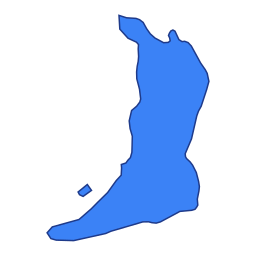 outline of Ōsaka
{"feature_id": "JPN-1852", "entity_name": "Ōsaka", "entity_type": "Urban Prefecture", "adm_level": 1, "iso_a3": "JPN", "parent_name": "Japan", "parent_adm1": "", "projection": "albers", "projection_center": [135.469, 34.636], "detail": "fine", "context": "isolated", "style": "filled", "palette": "blue", "viewbox_px": 256, "rotation_deg": 0, "n_neighbors": 0, "source": "natural_earth", "source_scale": "10m", "svg_char_len": 1255}
<svg xmlns="http://www.w3.org/2000/svg" viewBox="0 0 256 256"><path d="M47.1,232.8L52.3,226.9L79.0,219.5L91.3,208.8L97.7,202.3L107.6,192.6L116.3,180.5L121.2,175.2L121.6,168.0L121.3,164.5L125.9,163.0L128.0,160.1L130.4,157.6L131.9,152.3L132.1,145.5L132.3,136.2L130.1,128.6L129.2,120.9L131.6,110.5L136.7,106.2L139.1,103.0L139.8,102.1L140.1,101.0L140.7,99.0L139.5,89.2L136.8,78.8L136.6,71.9L137.2,66.3L138.2,61.4L138.6,56.5L138.2,48.9L138.5,44.6L136.5,42.2L128.0,38.2L119.8,29.1L119.0,15.4L126.6,17.8L136.0,18.4L139.6,19.7L143.2,22.5L146.6,28.7L150.3,33.9L154.9,38.0L163.6,42.7L168.3,42.4L170.2,40.8L169.6,37.8L168.5,35.5L169.4,33.2L170.8,31.0L172.9,30.0L175.0,31.2L178.9,39.6L182.0,41.6L184.7,41.3L188.1,42.6L191.3,46.0L200.6,63.0L205.3,69.8L207.2,73.4L208.9,81.4L206.7,89.4L201.2,106.2L198.5,111.1L196.8,115.8L191.5,138.9L185.2,153.7L185.5,156.7L186.5,158.5L190.1,161.9L192.6,165.2L196.3,172.5L198.6,181.5L199.4,186.6L198.9,191.1L197.3,199.1L197.8,205.1L196.5,207.4L195.0,209.3L191.7,210.3L179.9,211.4L160.4,221.9L156.2,223.1L152.0,222.7L148.6,221.8L142.8,221.9L111.0,231.2L105.7,233.5L73.7,240.6L56.2,240.1L50.9,238.6L47.1,232.8ZM78.1,192.0L87.3,184.5L91.5,190.4L83.1,196.4L79.5,194.7L78.1,192.0Z" fill="#3b82f6" stroke="#1e3a8a" stroke-width="1.5"/></svg>